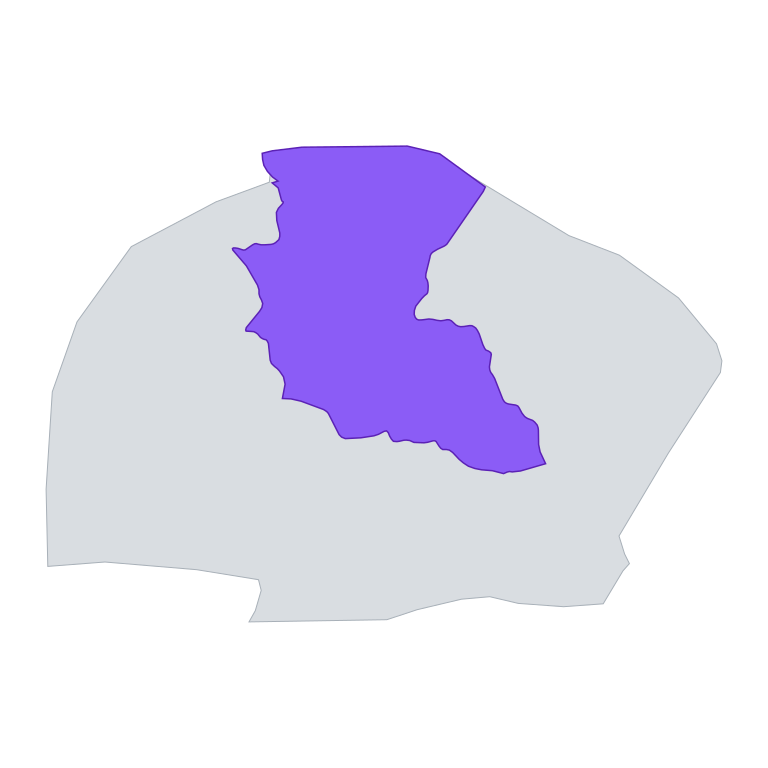 location of Manzini within eSwatini, rotated 90°
{"feature_id": "SWZ-536", "entity_name": "Manzini", "entity_type": "District", "adm_level": 1, "iso_a3": "SWZ", "parent_name": "eSwatini", "parent_adm1": "", "projection": "natural_earth1", "projection_center": [31.309, -26.515], "detail": "fine", "context": "in_parent", "style": "filled", "palette": "violet", "viewbox_px": 768, "rotation_deg": 90, "n_neighbors": 0, "source": "natural_earth", "source_scale": "10m", "svg_char_len": 3035}
<svg xmlns="http://www.w3.org/2000/svg" viewBox="0 0 768 768"><g transform="rotate(90 384 384)"><path d="M563.6,138.6L570.8,145.0L603.8,164.8L606.7,204.4L603.4,249.7L596.7,278.2L599.2,306.6L609.7,350.9L619.7,381.2L621.9,519.0L610.7,512.7L590.4,506.8L579.7,509.5L569.7,571.2L562.0,663.1L566.4,720.2L489.3,721.9L391.8,715.7L321.9,691.0L246.6,636.7L201.8,551.9L182.2,498.7L154.8,495.6L150.3,486.5L147.8,421.6L148.3,353.4L153.4,335.2L204.1,251.3L235.6,199.1L255.2,148.6L298.0,89.4L343.8,51.5L360.8,46.1L372.5,47.6L453.2,99.7L536.0,149.0L554.0,143.4L563.6,138.6Z" fill="#d9dde1" stroke="#a8b0b8" stroke-width="1"/><path d="M153.3,505.8L150.8,495.7L147.2,466.1L146.6,406.6L146.1,360.7L153.8,328.3L187.0,282.7L191.4,284.7L244.1,321.1L245.2,322.4L246.2,324.0L249.2,330.4L251.9,334.9L253.5,336.7L255.7,337.8L257.6,338.1L273.9,342.1L277.5,342.3L280.5,340.7L282.8,340.1L285.9,339.8L290.5,340.0L292.6,340.4L293.8,341.1L295.7,343.5L298.6,346.3L306.1,352.2L310.4,353.6L314.4,353.8L317.3,352.8L319.1,351.4L320.0,349.4L319.9,346.2L319.0,339.1L319.4,335.0L320.3,331.1L320.8,327.2L320.3,323.7L319.7,320.9L319.8,318.7L320.9,316.5L325.0,312.1L326.2,309.8L326.7,307.3L326.5,304.0L325.6,298.3L325.7,296.1L326.6,294.3L328.0,292.3L330.4,290.6L333.9,288.8L344.5,285.2L348.1,283.5L349.6,282.5L350.2,281.8L350.9,279.9L351.6,278.7L352.8,277.2L354.4,276.7L366.9,278.6L370.1,278.2L372.5,277.2L374.6,275.6L378.4,273.4L399.3,265.2L401.8,263.6L402.7,262.5L403.4,261.3L404.0,259.4L405.1,252.2L406.0,250.2L407.6,249.0L413.2,246.0L416.5,243.4L417.6,241.9L418.5,240.4L420.4,235.4L422.1,233.3L425.1,230.8L427.8,229.9L430.2,229.6L444.5,229.4L451.9,227.9L463.7,222.4L471.0,247.6L471.9,255.8L471.5,258.5L472.0,260.7L473.6,264.4L470.7,275.6L469.8,286.4L468.5,293.1L466.2,299.6L462.9,304.6L459.4,308.8L452.5,315.3L450.1,318.6L449.5,321.6L449.5,325.3L448.3,327.2L446.2,328.9L441.5,331.9L440.8,333.1L440.8,334.9L442.3,340.4L442.8,344.0L442.4,354.1L440.5,358.3L440.1,361.6L440.2,364.1L441.3,368.8L441.6,371.1L441.3,374.6L439.1,376.6L436.0,378.4L432.7,379.7L430.9,381.4L431.3,383.8L434.3,389.5L435.8,394.0L437.8,407.1L438.6,422.7L437.1,426.4L434.6,428.9L413.7,439.5L412.2,440.6L410.8,442.4L409.5,444.5L401.2,466.9L398.9,477.0L398.5,485.6L384.2,482.9L376.8,484.5L371.0,488.5L368.6,490.7L366.5,493.4L363.5,496.5L360.2,497.8L343.4,499.6L341.0,500.8L339.7,502.0L339.4,503.7L338.6,505.6L337.4,507.5L334.0,510.3L332.6,512.3L331.7,514.1L331.5,516.0L331.1,521.9L330.0,522.3L327.6,521.7L311.4,508.5L307.6,506.1L303.5,505.3L300.1,506.5L296.8,508.2L293.8,509.0L289.8,509.0L285.1,510.5L265.9,521.6L250.0,535.2L248.5,535.5L247.9,534.4L248.0,532.3L248.4,529.9L249.7,525.9L250.1,524.3L249.8,522.6L244.9,515.5L243.8,513.4L243.6,511.7L244.2,509.7L244.8,506.8L244.8,503.1L244.4,496.9L243.8,494.5L242.6,492.4L239.6,489.1L236.3,488.2L233.0,488.2L220.5,491.2L212.4,491.6L208.3,489.6L204.4,486.0L202.8,484.8L201.9,484.8L201.5,485.7L199.9,486.6L187.9,489.8L182.9,495.8L181.1,490.0L177.0,495.5L171.5,500.5L165.4,504.1L159.5,505.4L153.3,505.8Z" fill="#8b5cf6" stroke="#5b21b6" stroke-width="1.5"/></g></svg>